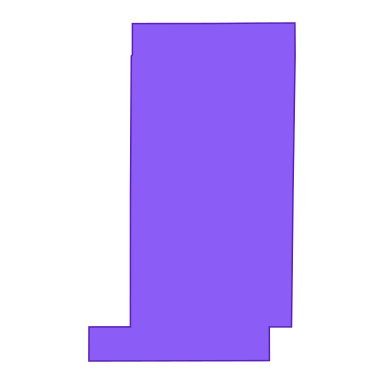 Liberty, Montana, United States of America
{"feature_id": "52423323B12424842950732", "entity_name": "Liberty", "entity_type": "district", "adm_level": 2, "iso_a3": "USA", "parent_name": "United States of America", "parent_adm1": "Montana", "projection": "robinson", "projection_center": [-111.06, 48.565], "detail": "fine", "context": "isolated", "style": "filled", "palette": "violet", "viewbox_px": 384, "rotation_deg": 0, "n_neighbors": 0, "source": "geoboundaries", "source_scale": "gbopen_adm2", "svg_char_len": 325}
<svg xmlns="http://www.w3.org/2000/svg" viewBox="0 0 384 384"><path d="M89.0,326.9L88.9,361.0L269.4,360.6L269.3,326.9L291.5,326.9L293.0,191.6L295.1,56.0L294.9,23.0L250.6,23.2L250.4,23.2L214.5,23.5L132.4,23.6L132.4,54.9L131.3,56.0L130.5,191.6L130.4,326.9L89.0,326.9Z" fill="#8b5cf6" stroke="#5b21b6" stroke-width="1.5"/></svg>